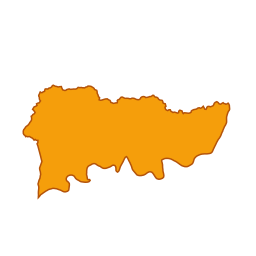 São Salvador do Tocantins, Tocantins, Brazil (orthographic projection), rotated 79°
{"feature_id": "56859067B16316133486667", "entity_name": "São Salvador do Tocantins", "entity_type": "district", "adm_level": 2, "iso_a3": "BRA", "parent_name": "Brazil", "parent_adm1": "Tocantins", "projection": "orthographic", "projection_center": [-48.352, -12.54], "detail": "fine", "context": "isolated", "style": "filled", "palette": "amber", "viewbox_px": 256, "rotation_deg": 79, "n_neighbors": 0, "source": "geoboundaries", "source_scale": "gbopen_adm2", "svg_char_len": 5905}
<svg xmlns="http://www.w3.org/2000/svg" viewBox="0 0 256 256"><g transform="rotate(79 128 128)"><path d="M86.8,213.2L88.5,213.0L89.1,214.6L89.4,216.2L90.6,217.3L91.5,218.1L92.5,217.3L93.6,216.8L95.0,216.2L96.1,217.2L96.6,218.8L97.6,219.7L98.0,220.8L99.0,220.7L100.2,220.8L101.2,221.0L102.2,221.5L103.2,222.5L103.9,223.4L104.7,223.9L105.4,224.8L106.2,225.7L107.1,227.7L107.7,228.5L108.7,229.4L109.8,230.7L111.0,231.4L113.3,231.8L114.6,231.5L115.8,230.5L117.0,230.1L116.8,229.1L117.5,228.1L117.5,226.5L118.3,225.5L119.0,224.8L119.7,223.8L120.9,223.0L122.0,222.5L121.5,221.3L122.6,220.4L122.9,218.8L124.3,219.1L125.3,219.3L125.9,220.2L126.9,220.2L128.2,219.9L138.6,219.2L141.1,219.1L144.5,218.9L150.4,222.4L152.0,222.6L153.2,222.5L154.3,222.4L155.6,222.5L157.0,222.6L158.4,223.3L159.5,223.6L160.8,224.2L162.3,225.3L163.5,225.9L164.6,226.4L165.7,227.0L166.8,227.0L167.8,226.8L169.1,226.9L170.2,227.1L173.1,228.0L174.8,228.4L176.9,228.7L177.9,229.0L179.2,229.3L178.4,228.2L176.8,226.4L176.4,225.5L176.0,224.5L175.4,223.3L174.8,221.9L174.2,220.5L173.9,219.4L173.3,217.9L173.1,216.4L173.1,215.3L172.9,213.7L173.1,212.3L173.6,211.0L174.0,209.7L174.6,208.7L175.3,207.6L176.0,206.3L176.7,205.3L177.5,204.4L178.3,203.2L178.7,202.0L178.7,200.8L178.5,199.3L177.7,198.1L176.7,197.7L172.8,196.4L171.2,196.2L169.6,197.0L168.4,198.0L167.1,198.5L165.6,198.2L164.4,197.3L163.6,196.1L163.2,194.4L163.3,193.0L163.6,191.8L164.3,190.8L164.9,190.1L166.2,189.5L167.5,189.0L168.4,188.3L169.2,187.5L170.0,186.4L170.9,185.5L171.7,184.5L172.1,183.4L172.4,182.5L172.8,181.3L173.1,180.2L173.3,179.0L173.4,177.7L173.2,176.4L172.3,175.2L171.3,175.5L171.1,176.9L170.3,177.6L168.9,177.5L167.2,177.5L166.0,177.6L165.0,177.4L164.1,177.1L162.9,176.9L162.0,176.7L160.8,176.3L159.8,175.9L159.0,175.4L158.0,174.4L157.5,173.2L157.1,171.6L156.5,170.0L156.4,168.9L156.5,167.9L156.9,166.9L157.6,166.1L158.5,165.3L159.2,164.5L159.8,163.7L160.4,162.6L161.5,161.7L162.5,160.5L163.0,159.5L163.3,158.1L163.3,156.7L163.1,155.4L162.9,154.2L162.7,152.9L162.2,151.6L161.7,150.4L161.7,149.3L162.3,148.1L163.6,147.5L165.1,147.5L166.3,147.7L167.5,147.9L168.5,147.5L169.3,146.6L168.7,145.5L167.6,144.6L164.5,142.9L163.0,141.7L161.1,140.1L160.3,139.4L159.2,138.6L158.2,137.9L157.3,137.2L156.2,136.2L155.8,134.9L156.8,134.4L157.8,134.0L160.3,133.4L161.5,133.0L162.5,132.7L163.5,132.5L165.1,132.1L166.9,131.8L168.4,131.7L169.6,131.5L170.7,131.0L171.6,130.5L174.6,128.8L175.6,128.3L176.4,127.1L176.9,125.9L177.2,124.3L177.2,121.9L177.0,120.8L176.6,119.6L176.1,118.6L175.5,117.3L175.1,115.8L175.2,114.6L175.9,113.1L177.0,112.3L178.1,111.8L179.1,111.4L180.4,110.9L182.1,110.2L183.2,109.4L184.0,108.0L184.3,106.5L184.2,105.2L183.9,103.7L183.0,102.4L181.6,101.9L180.1,101.8L179.0,101.8L177.8,101.9L176.6,101.9L175.5,101.7L174.2,101.6L172.9,101.5L171.9,101.3L170.4,101.1L169.1,101.1L167.9,101.2L166.7,101.3L165.8,100.9L165.4,99.6L165.1,98.4L165.0,97.4L165.1,96.3L165.3,95.2L165.7,93.8L166.3,92.4L166.9,91.4L167.9,90.1L168.8,89.1L169.6,88.0L170.5,86.9L172.5,85.0L173.6,84.0L174.4,83.2L175.2,82.4L175.8,81.4L176.3,80.5L176.8,79.5L177.0,78.3L177.2,77.3L177.0,76.1L176.5,74.5L176.0,73.1L175.6,72.1L175.0,71.3L173.9,70.5L172.9,69.9L172.0,69.5L171.1,69.0L170.4,68.4L169.6,67.4L168.8,66.1L168.3,64.5L168.0,63.1L167.8,62.0L167.7,60.5L167.9,58.7L168.0,57.5L168.3,56.3L168.5,54.8L168.6,52.9L168.5,51.6L168.1,50.7L167.5,49.9L166.3,49.0L165.2,48.3L164.4,47.7L162.0,45.9L161.0,45.1L160.0,44.4L158.9,43.6L157.6,42.5L156.4,41.5L155.4,40.3L154.1,39.1L153.1,38.3L150.3,36.6L149.3,35.7L148.4,35.3L146.2,33.8L145.0,33.0L144.3,32.3L143.5,31.6L142.6,31.0L141.6,30.3L140.2,29.9L138.8,29.7L137.2,29.4L135.9,29.1L134.7,28.5L133.7,28.0L132.8,27.5L131.7,26.9L130.8,26.2L130.0,25.3L129.1,24.7L128.0,24.5L126.7,24.4L125.3,24.2L123.9,24.4L122.7,25.0L123.3,26.5L123.3,27.5L122.6,28.2L122.3,29.2L121.3,29.8L121.7,31.0L122.3,32.6L121.6,34.0L120.4,34.5L119.1,35.8L119.5,37.5L120.3,38.7L121.4,39.3L122.4,40.3L122.7,41.6L122.9,43.1L122.2,44.4L122.1,45.6L122.7,46.6L123.7,47.1L124.6,47.9L124.1,49.1L122.8,49.4L121.0,50.0L122.1,51.6L122.5,53.1L121.7,54.2L121.8,55.8L122.5,57.1L122.5,58.5L122.5,60.0L122.9,61.6L123.4,62.6L124.4,62.9L125.0,64.2L125.1,65.5L124.7,66.9L124.2,68.4L123.8,70.0L124.4,71.0L123.0,71.6L121.6,71.7L121.1,72.5L120.4,73.7L121.2,75.0L122.6,75.4L122.8,76.7L122.2,77.6L121.6,78.7L121.2,79.7L121.4,80.9L120.5,81.8L119.6,82.8L118.2,83.0L117.9,84.3L118.5,85.6L117.7,86.9L116.7,87.6L115.6,87.7L114.6,87.7L114.0,86.6L112.6,86.7L111.3,86.8L110.7,88.2L109.9,88.9L108.7,88.8L107.5,89.1L107.0,90.2L106.7,91.3L105.7,92.4L104.3,92.9L103.3,93.9L102.9,95.2L102.2,96.0L100.9,96.5L100.6,97.4L101.0,98.3L101.5,99.4L101.3,100.7L101.5,101.9L101.6,103.5L101.4,105.0L100.6,105.5L100.1,106.6L100.0,108.1L100.6,109.6L101.7,110.4L102.3,111.9L101.9,113.5L101.2,114.9L100.3,115.9L99.8,117.1L99.5,118.3L99.8,119.7L99.5,121.1L98.9,122.2L98.6,123.6L98.3,125.4L97.5,126.4L96.6,127.6L96.4,128.8L97.4,130.2L98.3,131.1L98.3,132.3L99.0,133.3L100.1,133.3L101.2,133.8L101.0,135.2L101.1,136.6L101.0,137.8L100.2,138.8L99.6,140.0L98.3,140.1L97.4,140.5L96.6,141.7L95.4,142.8L95.2,144.6L95.3,146.1L95.6,148.5L95.5,149.8L94.8,151.0L93.8,150.5L92.7,150.1L91.7,151.0L89.9,151.1L88.1,151.6L86.6,151.4L85.1,151.5L84.4,152.6L83.8,153.5L82.7,153.7L81.7,154.5L80.1,156.3L79.6,157.6L79.2,159.3L79.8,160.4L79.8,161.8L80.4,162.9L80.0,164.0L79.8,165.1L79.3,166.1L79.2,167.5L78.6,169.2L79.6,170.7L79.8,172.3L79.4,173.7L79.3,175.1L79.2,176.2L79.0,177.4L78.4,178.3L78.5,179.8L78.6,180.9L79.2,181.9L79.0,183.2L78.2,184.7L77.1,185.1L75.8,185.4L74.6,185.5L74.4,187.1L74.4,188.8L73.6,190.1L73.2,191.3L71.7,193.3L72.2,194.4L73.0,195.0L73.7,196.4L73.8,198.2L74.5,199.3L74.1,200.4L73.9,201.8L74.9,202.5L76.1,202.9L76.3,204.4L76.9,205.6L76.6,206.6L75.9,207.3L76.9,208.0L78.0,208.7L78.8,209.4L79.9,209.5L81.0,209.2L82.1,209.4L83.4,209.4L84.7,208.7L85.4,209.5L86.3,210.3L86.4,211.9L86.8,213.2Z" fill="#f59e0b" stroke="#b45309" stroke-width="1.5"/></g></svg>